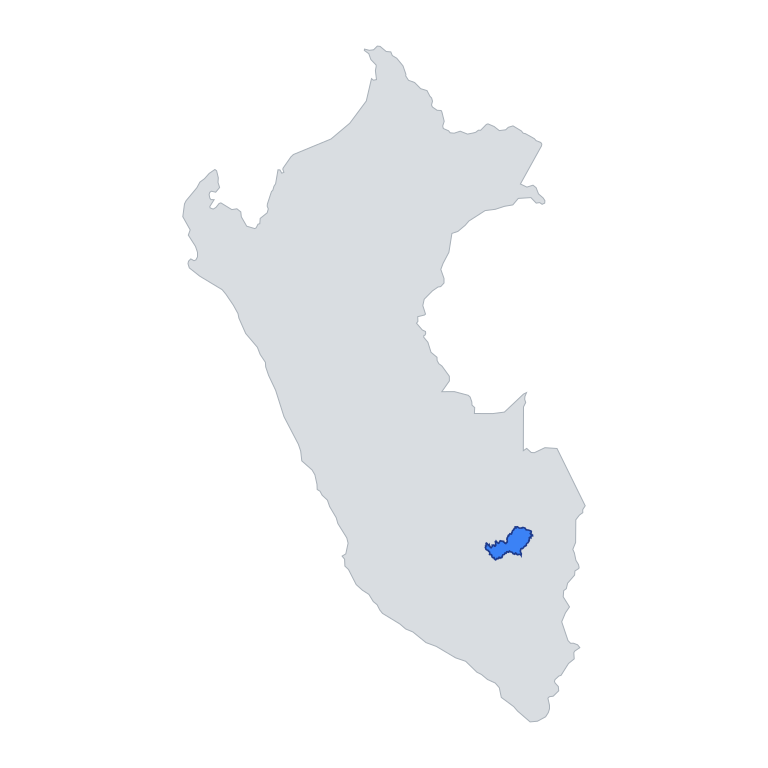 Quispicanchi, Cusco, Peru shown in context
{"feature_id": "86281439B28575146552042", "entity_name": "Quispicanchi", "entity_type": "district", "adm_level": 2, "iso_a3": "PER", "parent_name": "Peru", "parent_adm1": "Cusco", "projection": "natural_earth1", "projection_center": [-71.156, -13.517], "detail": "fine", "context": "in_parent", "style": "filled", "palette": "blue", "viewbox_px": 768, "rotation_deg": 0, "n_neighbors": 0, "source": "geoboundaries", "source_scale": "gbopen_adm2", "svg_char_len": 9251}
<svg xmlns="http://www.w3.org/2000/svg" viewBox="0 0 768 768"><path d="M544.9,200.7L544.7,203.1L542.1,204.3L539.7,202.6L536.2,203.1L530.9,197.6L518.3,198.4L512.8,204.9L504.5,206.3L495.3,209.3L485.1,210.6L468.9,221.0L465.2,225.3L457.9,231.4L451.9,233.4L448.9,252.3L443.1,263.3L440.8,269.4L444.0,278.5L444.0,283.0L440.7,286.6L438.0,287.0L432.4,290.9L424.2,299.2L422.8,305.6L425.5,314.1L424.5,315.0L417.7,316.7L417.9,321.4L416.5,323.2L422.2,329.9L425.5,331.5L425.7,333.3L425.1,335.0L423.8,335.7L423.7,337.2L427.9,342.3L431.0,352.3L437.0,357.3L437.1,360.5L438.8,363.7L442.0,366.1L449.3,376.2L449.4,380.9L441.8,391.7L454.3,391.6L468.2,395.3L470.1,397.0L471.8,401.9L472.0,405.1L474.7,407.6L474.4,413.5L492.6,413.6L504.4,412.1L523.5,394.1L526.5,392.6L524.9,396.5L524.7,399.4L525.7,402.5L523.5,406.9L523.3,450.7L526.7,448.4L531.2,452.5L534.4,452.7L544.9,447.7L557.0,448.5L585.2,505.8L582.7,509.7L582.8,512.6L579.4,515.1L575.8,519.8L575.6,542.5L572.8,549.4L574.4,553.0L575.9,560.3L578.5,564.6L579.1,567.4L578.8,568.5L574.9,571.0L574.6,575.1L567.6,583.2L566.3,588.7L563.7,590.6L563.2,596.8L569.5,606.9L565.4,612.9L561.7,621.8L568.0,640.6L570.6,643.3L573.4,643.2L577.6,644.8L579.8,647.6L574.6,651.2L573.8,652.7L574.2,658.9L568.5,663.5L561.0,675.4L558.9,676.0L555.1,679.5L554.4,681.3L555.1,683.0L558.3,686.5L558.7,690.8L553.2,696.2L549.4,696.7L547.9,698.2L549.5,705.4L549.5,708.8L548.3,712.6L545.6,716.8L537.5,721.2L530.1,721.9L517.6,711.1L513.7,706.6L501.3,697.4L499.3,687.7L495.2,683.0L487.5,679.5L481.5,674.5L476.9,672.2L465.7,661.3L455.5,657.8L436.3,646.4L426.0,642.6L412.8,631.9L405.7,629.0L399.9,624.0L382.5,613.4L379.8,610.0L377.1,604.7L373.3,601.6L368.9,594.4L362.4,590.2L356.2,584.6L348.5,569.5L344.9,566.1L344.6,559.2L342.1,556.1L345.8,553.9L348.1,543.2L346.8,537.9L337.9,523.6L336.2,517.7L329.7,506.7L327.4,500.1L322.2,495.3L320.0,491.2L317.2,489.5L317.0,484.4L314.9,474.8L312.1,470.0L301.8,460.9L300.7,451.1L298.4,444.3L284.0,416.7L275.6,390.2L268.6,375.4L265.7,366.9L265.4,362.3L260.2,354.5L257.4,347.3L245.7,333.5L238.9,318.1L238.0,313.6L233.3,305.1L225.9,294.2L222.2,289.7L199.8,276.2L189.3,267.9L188.0,263.7L188.5,261.2L190.8,258.9L194.0,260.7L195.9,259.9L197.5,256.9L197.5,252.3L195.5,246.4L188.3,235.1L190.2,229.9L182.8,216.7L184.5,203.9L186.1,200.7L196.9,187.7L199.9,182.1L204.5,178.7L209.2,173.4L214.9,169.5L216.6,170.8L218.3,177.8L218.0,182.4L219.6,187.5L215.7,192.2L211.4,191.2L209.7,192.4L209.1,194.6L209.8,198.1L210.9,199.6L214.1,199.7L209.8,206.5L210.1,207.9L213.2,209.1L216.0,207.4L219.1,203.5L220.9,202.9L231.8,209.6L236.9,208.8L240.8,211.9L241.3,216.8L246.7,226.2L254.8,228.6L256.2,227.8L258.0,224.2L259.8,223.7L260.2,218.4L267.2,212.8L268.3,208.9L267.2,206.2L267.4,204.0L271.5,191.5L272.8,190.3L274.0,186.2L275.6,183.8L278.0,169.8L279.9,169.9L281.8,173.2L283.9,172.3L282.8,169.2L283.1,168.1L290.9,156.9L293.4,154.5L331.0,139.0L349.8,123.2L366.3,101.0L371.5,78.6L373.4,80.2L376.5,79.6L375.4,70.6L376.2,66.3L376.1,65.0L370.9,59.6L368.8,53.7L364.3,50.4L364.5,49.1L369.3,50.3L373.6,49.8L377.3,46.1L380.1,46.4L386.2,51.5L390.8,51.9L392.3,55.6L396.7,58.2L403.0,65.9L405.9,74.3L405.7,75.9L408.5,80.3L414.6,82.5L420.7,88.7L427.0,90.6L429.9,96.2L431.6,98.0L432.5,101.2L431.5,105.0L432.4,107.0L437.1,110.3L441.1,110.5L441.9,112.0L444.2,121.3L442.7,126.0L443.3,128.5L448.6,130.8L450.1,132.8L454.2,133.2L460.2,131.2L467.5,134.1L473.1,133.0L475.7,132.3L478.4,130.2L480.6,130.3L486.4,124.4L488.0,123.9L494.1,126.5L499.3,130.6L505.7,129.8L508.3,127.3L513.0,125.9L521.3,130.9L523.2,133.2L525.5,133.7L534.4,138.7L536.0,140.6L540.8,142.5L541.8,144.1L541.5,145.9L520.4,184.0L526.9,187.1L533.0,185.2L536.1,187.7L538.5,193.9L543.2,198.0L544.9,200.7Z" fill="#d9dde1" stroke="#a8b0b8" stroke-width="1"/><path d="M495.6,559.9L495.7,559.7L496.0,559.6L496.0,559.4L496.5,559.0L496.9,558.4L497.2,558.5L497.5,558.8L497.9,558.9L498.0,558.8L498.0,558.4L498.6,558.4L498.9,558.0L498.8,557.8L498.9,557.5L499.0,557.5L499.0,557.3L499.3,557.3L499.5,557.3L499.7,557.8L500.1,558.2L500.8,557.5L501.1,557.5L501.5,557.8L501.8,557.7L501.9,557.4L502.2,557.1L502.1,556.6L502.4,556.5L502.3,555.9L502.8,554.8L503.2,554.7L503.8,554.7L504.3,554.5L504.4,554.3L504.7,553.4L504.9,553.0L505.1,553.0L505.3,553.3L505.8,553.5L506.1,553.3L506.1,553.1L506.3,553.0L506.3,552.5L506.6,552.0L506.7,551.7L507.6,551.7L507.6,551.9L507.7,552.1L508.1,552.3L508.7,552.3L508.8,552.0L509.0,551.8L509.0,551.5L509.4,551.0L510.0,551.4L510.4,551.8L510.8,552.0L511.1,551.9L511.5,552.0L511.8,552.1L511.9,552.3L512.3,552.4L512.4,552.6L512.5,552.9L512.7,553.0L512.9,553.1L512.9,553.6L513.2,553.8L513.3,553.9L513.7,553.9L514.0,553.8L514.7,554.3L514.9,554.1L514.9,553.5L515.1,553.4L515.4,553.0L515.5,552.9L516.0,553.2L516.0,553.4L516.2,553.5L516.3,553.8L516.6,553.7L516.7,554.3L517.0,554.5L517.3,554.8L517.6,554.6L517.9,554.6L518.1,554.5L518.3,554.6L518.4,554.4L519.2,554.3L519.7,554.4L520.2,554.7L520.4,554.6L520.8,554.9L521.1,555.4L521.1,554.8L521.3,554.5L521.3,554.2L521.4,553.9L520.9,552.8L520.7,552.7L520.8,552.5L520.7,552.3L520.7,552.2L520.6,551.8L520.3,551.5L520.3,551.4L520.4,551.1L520.3,550.7L520.4,550.3L520.7,550.1L520.7,549.4L520.9,549.2L520.9,548.7L521.3,548.5L521.5,548.4L522.3,548.7L522.6,548.6L522.8,548.4L523.0,548.2L523.4,547.8L523.4,547.6L523.8,547.3L524.0,546.7L524.5,546.3L524.9,546.3L525.0,546.0L525.2,545.8L525.8,545.9L526.1,545.5L526.3,545.5L526.4,545.4L526.4,544.9L526.2,544.5L526.5,543.8L527.1,543.2L527.8,542.7L528.1,542.7L528.3,542.2L528.7,541.7L528.8,541.4L529.1,541.1L529.1,540.9L529.2,540.7L528.7,540.6L529.0,539.8L529.1,539.6L529.3,539.4L529.3,539.1L529.3,538.9L529.5,538.8L529.4,538.4L529.4,538.2L529.2,537.8L529.3,537.7L529.8,537.6L529.9,537.4L530.0,537.5L530.3,537.4L530.4,537.6L530.9,537.9L530.9,537.6L531.1,536.9L531.1,536.7L530.8,536.6L530.8,536.4L531.0,535.9L531.4,535.7L531.8,535.8L531.9,535.5L532.6,535.8L532.6,535.4L532.6,535.1L532.3,535.0L532.2,534.8L531.9,534.6L531.8,534.4L531.5,534.2L530.7,534.2L530.6,533.9L530.4,533.8L530.2,533.6L530.2,533.4L530.4,533.2L530.8,533.0L530.9,532.9L531.1,532.8L531.2,532.6L531.2,532.3L531.4,531.7L531.2,531.2L530.9,530.9L530.7,531.0L530.6,530.9L530.4,530.7L530.1,530.7L529.4,530.5L528.9,530.1L528.4,530.1L527.7,530.0L526.8,529.8L526.5,529.9L526.2,529.9L526.1,529.6L525.9,529.2L525.5,529.0L525.3,528.5L525.1,528.4L525.0,528.0L524.6,527.9L524.4,528.0L523.7,527.6L523.2,527.5L522.7,527.5L522.4,527.5L522.2,527.8L521.9,527.8L521.9,528.1L521.3,528.1L521.0,528.2L520.7,528.1L519.9,528.0L519.5,528.2L519.2,528.1L518.5,527.6L518.3,527.5L518.1,527.3L517.9,527.1L517.8,526.9L517.7,526.8L517.3,526.7L516.9,526.7L516.7,526.8L516.6,527.1L516.2,527.2L515.8,526.9L515.6,526.8L515.1,526.8L515.1,527.2L515.2,527.5L515.3,527.8L515.5,528.0L515.2,528.0L514.4,528.3L514.4,528.7L514.2,529.0L513.9,529.0L513.7,529.2L513.9,529.5L513.7,530.0L513.1,530.5L512.9,530.4L512.6,530.5L512.3,531.2L512.2,531.5L512.2,532.4L511.9,532.7L511.7,532.7L511.6,533.0L511.7,533.6L511.5,534.1L511.0,534.2L510.8,534.2L510.2,533.8L509.9,533.7L509.4,534.5L509.1,534.7L509.0,534.9L508.9,535.0L509.0,535.2L508.9,535.4L508.7,535.4L508.3,535.3L508.2,535.5L508.4,536.0L508.1,536.0L508.1,536.4L507.8,536.6L507.7,537.1L507.4,537.4L507.2,537.7L507.3,537.9L507.1,538.0L507.2,538.7L506.9,538.7L506.8,539.1L506.8,539.3L507.0,539.7L507.1,539.9L507.3,540.5L507.2,540.9L507.2,541.1L507.4,541.8L507.2,542.2L506.8,542.6L506.5,542.4L506.2,542.7L505.9,543.6L505.6,543.6L505.5,543.4L505.0,543.3L504.9,542.9L504.5,542.7L504.4,542.4L504.0,542.0L503.5,542.0L503.5,541.4L503.3,541.5L503.0,541.4L502.7,541.2L502.1,541.1L501.9,541.0L501.5,541.2L501.1,541.2L500.9,540.9L500.6,540.9L500.2,540.7L500.1,540.8L500.0,541.1L499.9,541.2L499.8,541.5L499.7,541.8L499.3,542.1L499.1,542.5L499.1,542.8L498.8,543.3L498.3,543.4L498.0,543.0L497.7,542.9L497.1,542.5L496.9,542.1L496.7,541.6L496.3,541.5L496.0,541.0L495.9,541.2L495.5,541.5L495.3,541.6L495.3,542.0L495.6,542.3L495.6,542.6L495.7,542.8L495.7,543.0L495.6,543.6L495.7,544.0L495.6,544.6L495.8,544.8L495.9,545.0L495.7,545.5L495.3,546.0L495.1,546.0L494.9,546.3L494.7,546.3L494.4,546.2L494.4,545.8L494.2,545.6L494.3,545.3L493.9,545.0L493.5,545.1L493.2,545.0L492.8,545.1L492.7,545.2L492.2,545.1L492.2,545.7L492.3,546.0L492.3,546.4L491.5,547.3L491.2,547.8L490.7,547.7L490.4,547.5L490.3,547.2L490.3,546.9L490.2,546.8L489.8,546.5L489.7,546.2L489.7,545.9L489.0,545.4L489.0,545.0L489.3,544.9L489.2,544.6L489.1,544.8L488.8,544.9L488.6,545.3L488.3,545.5L488.2,545.0L487.8,544.5L487.6,544.4L487.5,544.0L487.2,543.6L486.5,543.0L486.0,543.3L486.0,543.5L486.2,544.1L486.1,544.3L486.2,544.5L486.1,544.8L486.2,545.2L486.1,545.5L485.5,546.0L485.9,546.4L486.0,546.7L485.8,546.9L485.6,547.2L485.3,547.5L485.5,547.9L485.5,548.1L485.8,548.7L485.8,549.1L486.1,549.5L486.5,549.5L486.8,550.0L487.2,550.0L487.8,550.4L488.3,550.4L488.4,550.7L488.3,551.0L488.6,551.4L488.9,551.3L489.4,551.6L489.4,551.8L489.7,552.2L489.6,552.5L489.8,553.3L489.9,553.6L489.7,553.7L489.5,554.1L489.4,554.5L489.5,554.6L489.9,554.6L490.3,554.7L490.7,554.6L491.0,554.7L491.5,554.6L491.8,555.2L491.9,555.4L491.7,555.6L491.8,556.0L491.9,556.4L492.0,556.9L492.3,557.3L492.5,557.4L492.7,557.6L492.9,557.7L493.3,557.5L493.5,557.5L493.8,557.7L494.1,557.6L494.3,558.3L494.1,558.3L494.1,558.7L494.6,559.1L494.8,559.2L495.1,559.3L495.2,559.5L495.3,559.8L495.6,559.9Z" fill="#3b82f6" stroke="#1e3a8a" stroke-width="1.5"/></svg>